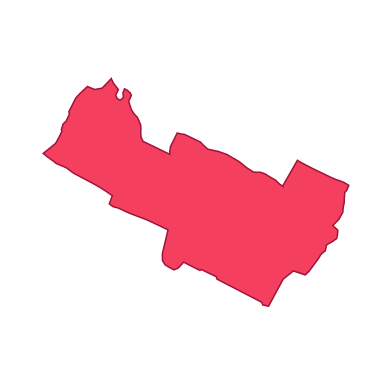 Ak Bugday, Ahal, Turkmenistan (Mercator projection), rotated 117°
{"feature_id": "10190150B31923585689840", "entity_name": "Ak Bugday", "entity_type": "district", "adm_level": 2, "iso_a3": "TKM", "parent_name": "Turkmenistan", "parent_adm1": "Ahal", "projection": "mercator", "projection_center": [58.565, 38.864], "detail": "fine", "context": "isolated", "style": "filled", "palette": "rose", "viewbox_px": 384, "rotation_deg": 117, "n_neighbors": 0, "source": "geoboundaries", "source_scale": "gbopen_adm2", "svg_char_len": 2421}
<svg xmlns="http://www.w3.org/2000/svg" viewBox="0 0 384 384"><g transform="rotate(117 192 192)"><path d="M213.8,53.2L209.0,51.6L200.3,50.2L194.2,49.1L188.9,48.8L188.7,48.7L185.6,47.3L184.0,46.6L177.9,48.0L171.7,44.0L167.7,41.9L164.7,42.8L164.1,43.0L160.6,44.4L159.8,44.8L159.7,44.9L159.2,47.1L158.9,48.1L158.0,51.3L154.3,50.2L149.6,48.7L141.7,48.4L136.2,50.6L133.0,51.3L131.6,51.9L130.5,52.4L128.3,53.5L123.4,55.5L123.2,55.6L122.6,55.5L120.3,54.9L114.9,55.3L114.8,56.5L114.7,58.0L114.5,60.7L114.7,63.1L114.9,65.4L115.5,69.2L115.6,69.4L115.9,75.9L115.9,76.2L116.3,93.7L116.3,103.8L116.2,106.9L116.0,111.9L115.9,112.5L116.2,112.5L145.3,113.9L145.6,113.6L145.6,113.9L145.3,117.2L143.5,123.0L143.2,129.3L143.1,130.6L142.7,135.3L143.3,139.5L143.5,140.4L146.3,146.0L146.2,147.8L145.6,153.8L143.5,163.9L143.0,173.3L142.7,177.7L142.7,178.0L143.9,187.1L146.7,197.5L146.5,197.9L145.0,203.5L143.6,207.2L143.7,209.0L143.9,218.6L144.1,224.8L144.8,226.9L145.6,229.7L146.1,231.8L146.2,232.0L161.3,231.8L162.1,231.5L166.1,230.2L168.4,229.0L168.5,230.0L169.1,258.7L166.7,261.6L165.9,262.6L161.3,265.2L159.4,265.9L156.9,267.4L155.5,268.2L150.4,274.4L148.9,278.4L148.5,279.5L146.4,282.9L145.7,283.9L140.1,289.4L139.7,289.7L137.2,289.7L136.5,289.7L133.2,290.0L133.0,290.3L131.9,291.7L131.8,291.8L130.7,295.8L130.7,299.0L130.8,299.0L134.8,298.6L135.3,298.3L139.0,296.0L142.8,297.6L142.7,301.1L140.4,303.9L134.5,304.1L134.1,304.1L131.0,310.9L130.9,311.1L130.2,312.0L127.6,315.5L127.8,315.5L131.6,316.6L140.2,319.2L144.8,325.2L145.5,333.1L155.2,336.6L161.0,338.2L176.3,338.2L178.4,336.6L185.8,336.3L189.8,337.7L195.6,336.8L197.2,335.4L205.5,335.4L210.6,335.6L217.6,338.7L224.1,341.6L225.2,342.1L226.4,336.3L227.5,329.1L228.2,326.2L228.2,325.4L227.8,320.3L227.5,315.0L228.6,308.6L228.9,306.6L229.0,306.0L229.3,287.1L229.4,282.9L229.7,276.2L230.4,269.0L231.5,261.4L231.8,261.3L240.2,260.3L240.9,255.6L239.8,250.5L239.4,239.6L238.7,232.4L238.0,226.2L237.3,219.7L236.9,206.9L236.6,196.2L236.9,196.1L257.6,191.1L260.5,190.4L266.6,187.1L269.1,182.8L269.2,182.0L269.5,177.7L269.5,173.7L269.5,172.6L269.0,172.2L266.8,170.4L265.9,169.7L258.3,167.6L258.3,149.4L257.2,148.6L256.8,148.4L256.8,148.1L256.7,141.3L256.5,134.3L256.5,132.2L256.5,131.7L258.3,130.2L258.6,81.0L258.6,79.9L260.5,77.7L259.7,74.5L259.0,71.9L258.7,71.9L236.4,71.4L228.2,71.2L216.3,65.8L215.5,60.2L214.5,53.5L213.8,53.2Z" fill="#f43f5e" stroke="#9f1239" stroke-width="1.5"/></g></svg>